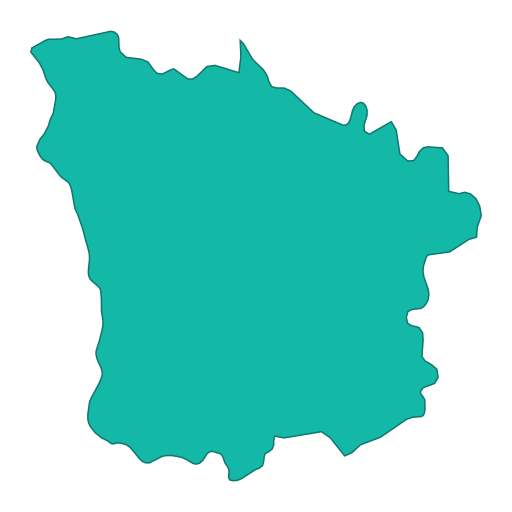 map outline of Nièvre (Mercator projection)
{"feature_id": "FRA-5329", "entity_name": "Nièvre", "entity_type": "Metropolitan department", "adm_level": 1, "iso_a3": "FRA", "parent_name": "France", "parent_adm1": "", "projection": "mercator", "projection_center": [3.438, 47.114], "detail": "fine", "context": "isolated", "style": "filled", "palette": "teal", "viewbox_px": 512, "rotation_deg": 0, "n_neighbors": 0, "source": "natural_earth", "source_scale": "10m", "svg_char_len": 3020}
<svg xmlns="http://www.w3.org/2000/svg" viewBox="0 0 512 512"><path d="M442.4,147.9L448.1,155.7L448.7,191.3L459.0,193.7L464.7,192.3L470.5,193.9L475.8,198.5L479.7,206.1L481.3,215.5L477.2,227.3L476.6,237.1L468.9,239.4L449.6,251.9L428.0,254.9L426.3,257.0L423.4,266.3L423.0,271.1L423.7,276.3L428.4,289.9L428.9,295.0L428.1,299.6L426.3,303.5L423.8,306.5L420.9,308.4L411.8,309.5L407.9,311.6L406.3,317.5L407.6,323.2L410.9,325.4L418.9,327.5L422.6,332.7L423.1,340.3L421.9,356.5L425.1,361.0L431.3,364.5L436.8,369.2L438.1,377.4L434.6,383.4L423.3,387.6L420.4,391.5L420.5,393.1L424.5,399.2L424.8,400.4L425.0,409.4L424.4,413.0L423.1,415.6L421.0,416.6L412.7,417.2L406.6,419.3L380.3,437.3L360.4,444.8L352.0,452.6L344.7,455.9L330.2,437.7L321.4,431.7L284.0,437.9L274.7,436.1L274.1,438.1L273.7,441.2L273.7,444.9L272.1,449.1L269.1,451.5L265.1,453.7L264.1,457.0L263.8,460.7L262.5,465.7L259.4,468.0L255.0,469.9L241.2,478.8L237.4,480.3L233.1,480.7L229.9,480.0L228.6,477.7L228.8,474.8L229.1,471.8L228.7,468.9L227.0,465.9L225.0,462.9L222.8,456.7L220.9,454.0L212.4,451.3L209.0,452.1L206.7,454.2L202.9,460.3L199.5,463.3L196.2,464.1L193.1,463.5L186.3,459.4L181.2,457.2L172.2,455.6L166.8,455.5L162.5,456.2L149.3,462.9L145.4,462.8L142.0,461.2L139.3,458.5L130.6,447.8L126.7,444.9L120.9,443.1L116.9,442.9L113.7,443.9L111.9,443.7L110.4,443.1L107.9,441.0L101.6,437.9L95.1,432.6L90.4,426.6L89.0,423.8L88.4,422.1L88.0,420.0L87.8,417.6L88.0,413.0L89.4,402.9L89.7,401.5L91.4,397.6L99.2,383.2L101.2,378.3L102.3,374.8L102.0,371.2L101.6,369.5L101.0,367.8L97.6,360.3L96.8,358.0L96.0,354.1L96.1,351.6L96.6,349.4L99.3,341.0L102.1,330.0L103.0,324.8L103.0,321.2L102.5,317.4L101.5,311.7L101.4,299.4L100.7,290.3L100.0,288.8L99.2,287.6L98.1,286.3L91.7,280.8L90.2,279.1L88.6,275.6L88.3,272.0L88.6,267.9L89.4,260.6L89.5,256.7L89.2,253.2L87.0,244.5L86.3,242.7L82.5,228.1L77.6,214.2L75.3,209.4L74.8,207.7L71.7,190.3L70.5,186.2L68.9,183.0L67.6,181.7L62.2,177.9L59.9,175.6L51.5,164.5L50.4,163.4L49.0,162.5L45.6,161.2L44.2,160.4L42.8,159.4L41.4,157.7L39.8,155.6L37.8,151.5L37.0,149.0L36.8,146.8L37.3,145.2L40.2,138.9L44.3,133.8L48.2,126.3L49.0,123.9L49.4,122.3L50.5,118.9L52.8,114.2L53.4,112.4L55.8,98.8L55.7,95.1L55.2,92.6L53.5,89.8L47.8,82.3L45.9,78.5L42.9,69.6L39.2,62.6L36.9,59.7L30.7,51.9L31.6,49.9L31.7,48.1L45.2,40.5L48.4,39.3L61.2,39.1L68.0,36.7L76.3,38.8L110.7,31.3L114.2,32.0L117.2,34.3L118.7,38.0L119.0,47.4L120.1,51.6L126.0,57.3L141.1,59.2L147.8,61.9L154.0,70.3L157.0,73.3L162.1,74.1L171.9,69.3L174.0,69.0L187.6,78.8L192.1,79.2L196.7,76.5L207.0,66.5L215.0,65.4L238.9,72.7L240.9,56.7L240.2,40.4L243.2,43.3L252.9,59.7L263.2,69.6L266.8,75.0L268.9,81.5L271.6,86.6L276.7,88.0L284.0,88.0L290.5,90.8L313.9,112.8L343.1,125.2L346.0,125.0L348.5,123.1L350.3,119.2L352.6,110.3L354.3,106.6L357.3,103.7L360.5,102.4L363.3,103.1L365.6,105.7L367.1,110.1L367.0,115.6L364.0,125.2L364.3,131.0L369.3,134.2L391.3,121.7L396.2,130.1L399.9,153.9L407.7,161.0L413.5,160.7L416.7,156.8L419.2,151.8L423.3,147.8L427.7,146.8L442.4,147.9Z" fill="#14b8a6" stroke="#0f766e" stroke-width="1.5"/></svg>